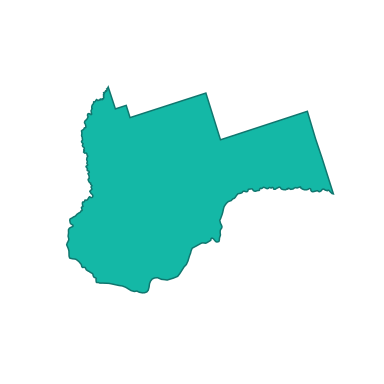 outline of Collón Curá, Neuquén, Argentina, rotated 26°
{"feature_id": "61730980B40628819919033", "entity_name": "Collón Curá", "entity_type": "district", "adm_level": 2, "iso_a3": "ARG", "parent_name": "Argentina", "parent_adm1": "Neuquén", "projection": "equal_earth", "projection_center": [-70.399, -40.052], "detail": "fine", "context": "isolated", "style": "filled", "palette": "teal", "viewbox_px": 384, "rotation_deg": 26, "n_neighbors": 0, "source": "geoboundaries", "source_scale": "gbopen_adm2", "svg_char_len": 5951}
<svg xmlns="http://www.w3.org/2000/svg" viewBox="0 0 384 384"><g transform="rotate(26 192 192)"><path d="M65.7,150.7L65.5,151.4L65.3,153.2L65.0,153.6L64.1,154.1L64.6,155.4L64.6,155.8L64.4,157.1L64.2,157.7L64.5,159.2L65.0,160.3L65.3,160.6L65.6,160.7L65.5,161.3L65.7,161.8L65.6,163.0L65.9,163.6L67.4,165.6L67.7,166.1L67.4,166.7L67.2,166.8L66.7,166.5L65.7,166.7L65.4,166.6L64.6,166.9L64.2,167.4L64.3,168.6L64.8,169.4L65.6,169.9L65.7,170.4L65.6,172.7L64.7,175.0L64.7,175.8L64.8,176.4L65.1,177.0L66.4,177.8L67.5,179.1L68.2,180.3L68.2,180.8L68.0,181.0L67.5,181.2L67.2,181.6L67.1,181.9L67.2,183.0L66.9,183.7L66.7,183.9L66.1,184.9L65.9,185.6L66.7,186.5L67.5,188.0L67.9,189.5L68.5,190.3L69.0,190.5L70.8,193.3L70.8,193.7L70.6,194.3L70.5,194.8L70.7,195.3L71.4,195.8L72.9,196.3L73.1,198.3L73.7,198.9L74.4,199.2L75.5,199.3L75.9,199.8L76.1,200.0L76.2,201.6L76.4,201.9L77.0,201.8L77.2,202.0L77.3,202.2L77.0,203.0L77.0,203.6L78.4,204.1L78.8,204.0L79.5,203.5L80.2,203.4L80.6,203.6L81.2,204.4L81.9,205.1L82.6,205.4L82.6,206.2L82.5,207.0L82.7,207.4L82.9,208.5L83.1,209.0L83.5,209.5L84.2,210.0L84.8,210.9L84.8,212.0L85.2,212.6L86.2,213.1L86.4,213.5L86.4,213.9L86.2,214.4L85.9,214.6L85.6,215.1L85.6,215.3L85.7,215.8L87.7,216.8L87.9,217.0L88.0,218.0L88.3,218.5L88.8,218.7L89.7,218.4L90.6,218.8L91.0,219.2L91.1,219.6L91.0,219.8L90.5,220.5L90.5,221.2L91.5,221.8L92.7,223.0L93.1,224.0L93.6,224.7L93.5,225.1L93.1,226.1L93.8,227.1L95.8,228.5L97.0,228.4L97.5,229.4L99.3,230.2L99.3,230.8L99.1,231.5L99.1,231.8L100.7,233.1L100.8,233.4L100.4,234.4L100.4,234.6L99.9,235.7L99.9,236.2L100.0,236.4L100.3,236.6L100.9,236.7L101.5,237.4L102.1,237.5L104.2,238.4L104.8,239.4L104.8,240.1L104.6,240.7L104.1,241.1L103.1,241.4L102.5,241.1L102.1,241.1L102.0,241.3L101.8,241.7L101.6,242.4L101.7,242.8L101.5,244.1L101.2,245.1L100.6,245.8L99.6,246.0L99.4,246.1L99.4,246.8L99.5,247.3L99.2,248.2L99.1,248.5L98.5,248.7L98.2,248.9L98.2,249.7L98.6,250.6L99.7,252.2L100.2,252.5L100.3,252.7L100.2,253.0L99.7,253.6L99.4,254.3L99.5,254.6L100.8,256.0L101.1,256.2L101.3,256.5L101.2,257.0L100.7,257.4L100.6,257.6L100.4,259.4L99.7,260.1L98.3,262.6L97.9,264.4L97.6,265.0L96.4,266.4L95.5,268.0L94.3,269.5L94.3,269.9L94.5,270.9L95.7,272.6L96.3,273.3L97.4,273.8L99.5,274.0L99.8,274.4L100.0,275.2L98.2,277.4L97.6,278.5L97.5,280.1L99.0,283.0L100.0,286.0L101.8,288.2L102.2,289.1L102.3,291.5L102.2,292.3L102.5,294.4L105.7,297.2L107.2,298.9L109.6,303.5L110.8,304.8L111.3,305.0L111.8,304.9L113.9,304.4L116.4,303.5L117.6,303.4L120.8,304.1L124.3,305.7L125.4,307.1L126.0,307.6L126.7,307.8L127.7,307.2L129.0,306.7L129.5,306.9L129.9,307.4L131.2,308.3L133.6,308.6L134.3,308.5L135.9,308.8L137.9,308.9L139.0,309.3L139.9,310.6L141.0,311.4L141.6,311.6L143.0,311.4L143.8,311.7L144.1,312.8L145.4,314.9L146.1,315.1L147.6,314.4L148.9,314.3L150.4,313.7L150.8,313.4L157.2,310.6L159.3,310.0L167.5,308.0L170.5,307.0L174.1,306.7L180.4,307.3L183.8,306.7L185.9,305.2L188.6,305.2L191.6,304.4L193.6,303.3L195.2,301.6L195.7,299.4L195.1,296.3L194.0,293.0L193.8,290.3L194.4,287.6L196.1,285.6L198.6,284.1L202.8,283.9L205.5,282.9L208.3,282.0L213.0,277.6L216.1,274.1L216.8,270.7L217.7,262.8L218.7,259.7L218.6,255.8L217.7,250.2L217.5,247.6L217.1,245.9L217.0,245.1L216.8,242.8L216.9,242.3L222.9,233.8L224.0,233.0L226.8,232.0L227.9,230.6L230.0,227.3L230.0,227.0L229.7,226.1L229.6,225.4L230.1,224.7L230.9,224.6L232.1,224.8L233.7,225.6L235.0,226.1L235.7,226.2L236.8,225.7L237.8,224.8L237.9,224.5L237.6,223.1L236.9,221.4L236.7,220.3L236.5,218.5L236.1,217.6L235.4,216.7L234.8,215.5L234.4,214.6L234.2,213.7L234.3,212.4L234.5,211.1L234.0,209.8L232.8,208.7L231.4,207.7L229.3,205.2L229.4,203.7L228.9,198.9L228.5,196.7L227.6,193.0L227.3,191.1L227.5,189.2L227.9,187.0L228.8,184.7L231.0,182.5L231.5,180.8L232.0,179.9L232.5,179.5L232.8,179.1L233.2,178.0L233.5,175.6L234.1,173.4L235.9,172.1L237.0,171.0L237.3,170.5L237.4,169.6L237.6,169.1L237.9,168.8L238.5,168.4L240.4,168.1L241.0,167.8L241.4,167.5L241.7,166.8L241.7,166.3L241.5,165.5L241.5,164.9L241.7,164.7L244.3,163.0L244.7,162.9L245.4,163.1L246.4,163.8L247.3,163.9L247.9,163.8L248.9,163.4L249.8,162.4L251.7,161.1L251.8,160.5L251.6,159.8L251.7,159.0L251.8,158.7L252.2,158.5L253.0,158.4L253.6,157.5L253.8,156.9L254.1,156.5L254.4,156.3L255.3,156.2L255.8,156.1L257.4,156.2L258.4,155.9L258.9,155.4L259.2,154.8L259.3,154.3L259.9,153.8L261.3,153.8L261.5,153.7L262.0,152.7L263.0,152.6L263.4,152.8L264.0,153.5L264.4,153.6L265.5,153.1L265.8,152.8L266.4,151.6L267.1,150.9L267.9,149.7L268.4,149.3L268.9,149.2L269.4,149.3L270.7,150.0L271.5,150.1L273.1,149.8L275.1,149.0L275.6,148.4L275.9,147.6L276.0,147.5L276.6,147.6L276.8,147.5L276.5,146.9L277.1,146.3L277.9,146.1L279.1,146.4L279.7,146.3L280.0,146.0L281.5,145.0L282.2,143.6L283.0,142.7L284.7,142.3L286.9,140.1L287.3,139.9L287.5,140.0L287.9,140.7L289.0,140.7L289.7,141.0L292.2,140.7L294.0,139.8L295.1,138.8L295.6,137.9L296.0,137.4L297.0,137.2L297.6,137.5L298.2,138.5L299.2,139.0L299.6,139.0L300.3,138.9L301.5,138.1L302.1,137.4L302.8,137.0L303.8,136.0L304.3,135.8L305.1,136.0L306.0,136.0L306.6,135.8L307.7,134.1L307.8,133.0L307.9,132.7L308.4,132.0L308.8,131.9L309.2,131.6L309.6,131.6L310.0,131.8L311.2,131.9L311.4,131.7L313.0,131.6L313.2,131.4L313.3,130.9L313.5,130.7L314.2,130.5L316.6,131.4L318.6,132.0L319.9,131.7L293.7,104.2L279.6,89.9L260.3,68.9L194.7,132.6L161.1,97.0L103.7,152.3L94.9,143.0L86.7,150.9L70.7,134.4L70.7,134.9L70.9,135.4L70.5,135.7L70.5,136.0L70.2,136.7L70.5,136.8L70.7,137.2L70.8,137.6L70.9,138.6L70.8,138.8L70.3,138.6L70.1,138.7L70.0,139.1L70.3,139.5L70.3,140.0L70.0,140.2L69.1,141.4L69.8,141.8L70.1,142.1L69.9,142.5L69.6,142.8L69.6,143.0L70.1,143.4L70.2,143.7L70.2,144.1L70.7,144.4L70.7,145.2L71.4,145.7L71.3,146.2L71.5,147.0L71.3,147.2L70.9,147.2L70.7,147.4L70.6,147.9L70.9,147.9L71.0,148.1L70.8,148.4L70.7,148.5L70.4,148.2L70.0,148.2L69.7,148.3L69.4,148.3L69.2,148.7L68.8,148.8L68.7,149.1L69.0,149.6L68.5,150.0L68.3,150.2L67.8,150.4L67.7,150.7L67.5,151.0L66.9,151.2L66.2,150.7L65.7,150.7Z" fill="#14b8a6" stroke="#0f766e" stroke-width="1.5"/></g></svg>